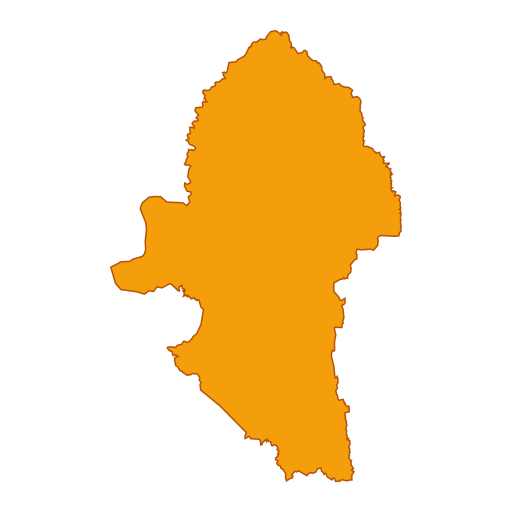 Nkwanta South Municipal, Volta, Ghana (Equal Earth projection)
{"feature_id": "2480657B13680530894334", "entity_name": "Nkwanta South Municipal", "entity_type": "district", "adm_level": 2, "iso_a3": "GHA", "parent_name": "Ghana", "parent_adm1": "Volta", "projection": "equal_earth", "projection_center": [0.469, 8.25], "detail": "fine", "context": "isolated", "style": "filled", "palette": "amber", "viewbox_px": 512, "rotation_deg": 0, "n_neighbors": 0, "source": "geoboundaries", "source_scale": "gbopen_adm2", "svg_char_len": 6009}
<svg xmlns="http://www.w3.org/2000/svg" viewBox="0 0 512 512"><path d="M349.4,480.0L351.9,480.0L351.8,475.3L354.0,471.7L351.5,470.0L353.5,468.7L351.2,464.8L350.9,462.8L351.5,460.6L350.0,459.8L348.6,457.5L349.5,455.8L349.0,454.4L350.1,452.2L349.2,451.1L349.9,449.2L348.7,447.4L350.0,444.1L349.8,440.9L348.4,440.1L348.5,438.7L347.1,439.6L346.7,439.1L347.3,436.1L346.3,434.6L346.6,430.3L345.6,429.0L346.8,425.6L345.9,419.5L345.0,418.7L345.5,416.4L344.5,413.1L349.3,411.7L349.1,407.4L348.7,406.1L347.5,406.5L344.9,404.3L345.2,403.2L344.2,402.5L343.1,399.3L339.3,400.3L337.9,399.4L337.8,397.1L335.7,391.1L337.5,388.0L336.6,385.4L338.0,382.7L337.9,379.3L337.2,376.4L336.0,377.9L335.0,377.8L333.7,365.3L331.4,356.7L331.7,351.8L332.4,350.4L333.5,351.2L334.6,350.4L334.5,342.0L335.8,334.8L334.4,329.1L334.7,327.3L341.8,327.5L342.1,324.2L343.2,323.2L342.7,321.7L343.9,317.7L343.0,309.2L341.8,306.0L342.2,305.1L343.8,304.6L344.8,303.1L345.1,300.9L344.9,298.3L341.8,300.3L340.0,300.1L338.9,297.2L333.7,291.3L333.8,283.1L340.4,279.2L342.7,279.1L343.6,277.7L344.7,278.9L346.0,278.1L347.6,278.4L347.6,275.5L350.7,272.1L351.1,268.1L350.3,265.1L354.7,259.7L356.8,259.1L356.8,254.4L356.0,252.8L357.1,249.1L361.2,249.9L370.3,249.1L373.6,250.2L377.6,245.5L378.2,240.1L377.4,238.8L378.1,236.9L380.9,235.5L395.7,236.3L398.9,235.7L399.4,232.9L401.1,231.1L400.5,229.3L401.2,227.5L400.4,221.7L401.0,220.7L400.3,217.3L401.1,213.9L400.0,213.4L400.8,212.7L400.3,209.5L399.5,209.3L400.8,208.2L400.1,205.7L400.3,202.5L399.1,200.2L400.3,197.4L399.7,195.7L397.1,195.0L394.7,196.0L394.4,194.8L395.9,192.0L393.2,190.7L392.7,191.7L391.1,190.4L391.2,188.7L392.2,187.8L391.2,187.5L390.8,186.0L391.5,185.2L391.4,183.5L390.7,183.2L391.8,181.0L390.6,180.1L391.0,177.8L390.2,177.4L390.8,175.4L392.1,174.4L390.3,174.0L391.6,172.7L390.7,172.0L390.1,169.9L390.8,169.1L388.9,168.8L388.1,167.3L385.7,166.7L385.9,165.9L389.1,164.0L388.9,163.0L387.2,163.5L383.0,162.8L384.0,160.6L383.1,159.4L384.4,156.7L382.4,157.0L380.6,156.0L379.5,152.3L376.2,153.2L375.8,152.2L374.3,151.7L372.6,148.7L367.4,146.4L364.4,146.6L363.2,145.4L363.9,143.3L363.3,141.5L364.3,141.0L363.4,140.5L363.1,138.0L363.1,136.9L364.0,136.5L363.4,133.6L364.2,131.9L364.1,130.2L363.1,128.5L363.3,126.2L365.1,125.4L365.1,123.8L362.8,120.5L362.4,119.4L363.1,118.1L361.9,115.8L361.8,113.2L360.0,111.0L360.4,103.7L361.1,102.0L360.1,99.2L357.4,96.6L352.7,97.4L351.0,93.4L352.6,90.2L348.6,87.4L344.1,87.0L341.0,85.5L339.4,83.6L334.2,84.5L332.3,79.7L331.3,79.2L331.5,77.6L331.0,76.8L326.7,76.9L325.0,78.5L324.7,74.0L322.0,70.4L321.6,66.5L319.9,63.8L318.8,62.6L317.6,63.0L316.4,60.8L313.7,60.9L311.0,59.2L307.8,55.8L307.1,54.3L307.2,52.2L305.6,50.6L304.2,50.3L302.3,52.6L297.8,53.5L294.2,47.9L291.8,46.9L291.3,48.1L290.6,47.5L291.4,44.9L291.1,42.9L289.7,41.3L288.7,35.0L286.8,32.5L285.1,32.1L282.8,32.8L282.2,31.8L280.8,33.1L281.3,34.9L276.0,30.7L270.5,31.7L266.4,37.1L266.0,39.1L263.2,39.7L260.7,39.0L256.4,42.1L253.6,42.0L251.5,44.0L251.6,46.0L250.5,46.2L249.9,47.5L249.1,47.3L246.0,53.9L244.1,56.2L237.4,59.9L236.3,61.7L229.0,62.6L227.0,72.0L225.3,73.0L224.4,72.1L222.9,72.6L223.5,73.0L223.2,74.9L225.3,78.5L222.5,78.8L219.5,81.7L215.7,82.2L214.9,83.1L215.5,84.6L214.9,86.1L211.5,87.0L209.9,90.0L206.4,90.6L204.4,89.8L202.8,91.0L203.3,92.4L202.9,93.0L205.0,95.6L204.2,98.7L205.0,98.4L205.4,100.1L207.1,102.0L203.2,101.6L202.4,102.9L203.0,105.7L201.9,107.2L196.0,107.7L195.2,109.3L195.3,111.5L198.6,114.9L196.1,118.0L198.2,119.5L198.2,120.3L197.1,121.3L194.8,120.9L192.6,122.5L192.1,123.8L194.0,126.0L194.0,128.2L192.2,127.2L189.7,127.3L190.3,133.7L187.8,134.1L187.3,135.2L187.5,136.7L189.1,138.5L186.2,140.2L188.1,141.4L189.6,144.3L194.1,146.2L195.6,148.0L195.1,149.2L192.9,150.6L191.9,149.5L190.7,150.2L188.6,149.5L188.5,151.6L187.0,154.0L187.8,157.1L186.2,159.6L185.8,162.5L184.5,163.4L185.5,165.2L188.1,165.0L190.8,166.1L188.8,169.7L187.8,176.9L190.7,181.6L190.1,183.4L189.1,183.2L187.9,184.5L184.7,183.1L184.5,186.0L187.0,191.1L191.0,192.1L191.0,194.5L188.2,197.0L189.7,202.0L186.7,205.6L182.8,202.8L166.9,202.1L160.6,196.7L154.3,196.5L149.1,197.2L142.8,202.3L140.7,206.8L140.4,209.2L145.8,222.7L146.5,229.3L145.2,241.8L145.7,249.4L144.5,253.8L142.3,256.4L132.5,259.3L129.8,261.4L121.1,261.8L110.8,267.2L115.5,283.4L121.0,289.6L137.0,291.8L144.5,294.1L148.9,290.7L153.7,291.5L156.9,286.9L162.1,287.8L169.3,283.9L171.6,284.3L177.8,290.5L179.2,291.0L179.7,290.3L178.8,288.7L179.0,287.2L181.7,285.3L182.2,288.5L183.9,288.8L185.3,290.5L184.5,291.4L184.1,290.3L183.0,290.6L184.5,293.8L183.5,296.2L185.7,295.3L187.0,296.3L186.8,295.5L187.6,295.1L191.5,299.0L194.4,297.7L195.1,299.6L196.4,299.5L197.0,300.6L198.1,299.7L199.1,300.5L201.0,307.2L203.5,309.7L201.0,324.4L196.7,333.8L193.3,336.4L191.2,339.6L188.0,342.4L184.0,341.2L182.5,342.6L181.8,344.4L177.4,345.3L175.7,347.4L170.3,346.8L167.6,347.2L167.3,348.1L169.8,351.0L170.5,350.6L172.6,352.3L172.3,353.9L173.4,355.7L175.9,354.7L176.3,356.0L177.9,356.4L174.8,357.7L174.6,360.8L175.4,362.6L175.3,364.5L176.1,365.9L177.2,366.2L180.1,370.8L182.3,371.2L182.4,372.1L187.0,375.2L190.8,374.7L192.7,373.5L197.6,374.1L199.7,377.8L199.3,380.1L200.9,382.4L200.1,384.7L200.6,390.0L220.0,405.9L246.3,432.5L245.0,436.2L245.2,438.6L249.0,436.3L250.8,438.7L258.8,439.2L260.5,440.5L260.7,444.9L261.8,444.7L262.6,442.6L265.6,439.8L266.6,441.6L267.3,439.5L268.1,441.0L270.8,442.1L271.5,445.5L273.2,445.6L274.3,444.6L276.4,445.6L278.0,448.1L277.0,449.5L279.0,451.0L278.1,452.2L278.6,453.9L277.6,454.3L278.1,454.9L277.8,456.3L275.6,458.1L275.6,459.6L278.0,461.0L276.8,463.1L277.7,465.0L280.3,465.9L281.1,468.4L282.4,468.9L285.8,473.6L285.5,477.7L286.5,480.8L291.2,477.9L292.3,478.1L292.9,475.9L291.8,474.9L292.0,474.3L295.0,471.3L296.6,471.9L298.7,470.9L306.8,475.6L307.5,475.4L307.4,474.3L310.1,472.8L313.1,473.2L315.6,472.2L317.7,468.6L320.8,468.0L321.6,471.2L323.7,472.8L323.9,474.3L325.5,473.4L327.5,477.1L332.0,479.9L333.4,477.9L334.8,478.9L335.5,481.3L339.3,481.3L342.0,479.7L347.2,480.9L349.4,480.0Z" fill="#f59e0b" stroke="#b45309" stroke-width="1.5"/></svg>